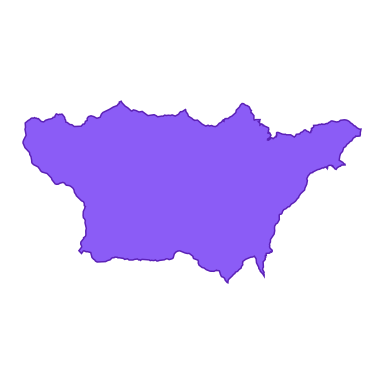 the district of Nistoresti, Vrancea, Romania
{"feature_id": "2599482B47206527593965", "entity_name": "Nistoresti", "entity_type": "district", "adm_level": 2, "iso_a3": "ROU", "parent_name": "Romania", "parent_adm1": "Vrancea", "projection": "orthographic", "projection_center": [26.576, 45.784], "detail": "fine", "context": "isolated", "style": "filled", "palette": "violet", "viewbox_px": 384, "rotation_deg": 0, "n_neighbors": 0, "source": "geoboundaries", "source_scale": "gbopen_adm2", "svg_char_len": 6013}
<svg xmlns="http://www.w3.org/2000/svg" viewBox="0 0 384 384"><path d="M264.1,276.1L264.1,274.6L263.7,274.3L264.1,272.3L262.6,269.5L262.9,267.9L263.4,267.1L263.1,261.9L265.2,259.5L265.1,258.3L265.7,257.3L265.3,256.5L265.4,255.6L266.3,255.6L266.1,254.9L266.3,253.4L269.7,253.1L270.4,251.9L271.4,252.2L272.1,251.6L272.2,250.3L270.1,248.2L269.5,246.9L269.8,245.9L269.5,244.7L269.8,243.1L270.4,242.1L270.5,239.4L274.1,234.1L274.7,230.8L274.5,227.9L274.7,226.0L276.1,223.8L277.4,223.1L279.3,219.7L279.2,215.0L279.8,214.3L281.2,214.1L281.9,213.5L282.6,211.3L283.8,209.6L285.9,208.7L287.9,206.9L289.5,206.6L291.3,204.1L293.5,202.8L295.5,201.2L297.6,198.3L298.6,197.7L298.8,196.5L300.6,193.7L304.6,190.0L304.9,188.2L306.7,184.3L307.4,180.4L306.7,178.9L308.3,175.5L309.2,174.7L310.2,173.2L312.8,172.5L312.9,172.0L317.7,169.6L319.4,169.3L322.5,167.9L323.7,168.0L324.5,167.3L326.0,167.1L327.1,168.4L327.1,168.0L327.6,167.8L327.0,166.8L328.9,165.4L331.2,165.3L332.5,165.7L332.9,166.1L332.4,166.4L334.1,167.7L334.7,168.7L336.1,169.4L337.3,167.7L339.4,166.4L340.5,166.2L341.4,165.1L345.1,164.9L344.9,164.1L344.1,163.9L342.7,162.3L339.2,160.2L339.8,156.0L340.6,153.6L342.5,151.5L343.7,147.7L345.6,146.6L347.0,144.3L348.6,143.2L350.1,141.5L351.7,140.8L353.3,138.1L355.3,136.9L355.8,136.1L356.7,136.3L359.9,136.0L360.3,134.8L360.3,132.6L361.0,129.1L359.6,129.2L357.1,127.9L355.1,126.0L354.2,125.8L351.9,123.6L350.4,122.8L349.6,121.7L347.6,120.5L346.1,120.0L344.3,119.8L340.4,120.3L338.9,121.6L336.5,122.0L331.9,120.9L331.0,121.1L329.6,122.2L328.9,122.4L327.5,123.6L326.3,123.5L324.6,124.3L322.3,124.3L321.9,123.9L320.5,124.5L319.0,124.4L317.4,125.2L313.6,125.4L313.7,126.7L313.5,127.3L312.4,127.8L312.3,128.3L311.5,128.4L311.3,129.1L311.8,130.1L311.5,130.8L310.8,131.0L310.7,132.5L309.6,132.7L308.5,131.7L306.6,131.0L305.5,129.9L304.3,130.0L302.7,131.7L300.6,132.6L299.8,133.9L296.3,134.3L295.4,136.2L294.3,136.7L294.2,137.0L290.7,134.8L286.5,134.8L285.2,134.2L284.3,134.4L282.3,134.1L278.4,132.5L277.1,132.4L276.6,132.8L276.5,134.2L276.9,135.0L276.2,135.5L276.1,136.0L276.4,136.4L276.1,136.9L275.2,136.9L273.1,138.7L272.0,137.9L270.8,137.7L270.6,138.5L268.5,140.2L267.5,140.0L267.6,139.0L269.8,137.6L270.4,136.2L270.9,135.6L270.9,134.9L270.2,134.3L270.1,133.3L269.3,133.2L269.2,132.7L268.3,133.2L267.9,133.0L268.4,131.6L268.4,130.4L268.8,129.8L268.5,127.8L263.9,125.7L263.7,125.3L263.2,125.6L262.7,124.6L261.7,123.9L260.0,125.0L260.1,123.5L258.5,121.8L259.6,121.6L259.8,120.8L259.6,120.5L260.0,119.6L255.7,119.6L254.3,120.1L253.9,119.1L253.9,115.6L251.5,112.7L251.0,112.7L250.9,111.8L251.4,110.4L250.6,110.0L249.3,107.0L247.3,105.6L245.7,105.3L243.6,103.7L242.1,103.5L240.4,105.1L239.5,107.0L236.3,110.1L235.8,112.6L231.9,116.1L229.8,117.1L228.2,118.5L225.1,118.6L224.1,120.2L223.8,120.1L224.0,119.7L223.4,119.8L223.8,121.2L222.5,120.7L221.3,122.2L219.2,123.3L217.2,125.6L215.3,126.6L213.3,126.3L211.6,125.5L209.4,126.0L208.1,125.2L205.8,126.1L202.1,124.1L197.5,120.1L194.3,120.4L193.8,119.7L193.0,119.5L192.0,118.4L188.4,116.2L187.7,114.0L185.7,111.2L185.8,110.0L185.4,109.5L182.2,111.6L180.6,111.7L179.7,112.5L178.6,114.2L175.2,116.1L172.1,114.9L170.3,115.5L168.7,115.2L166.2,115.5L164.7,115.1L163.1,116.2L161.6,116.1L158.1,116.7L157.5,116.7L156.2,115.7L154.1,114.7L147.9,115.6L142.2,111.4L139.0,112.0L135.9,110.5L133.4,109.9L131.9,111.0L131.2,110.9L127.8,107.8L125.2,106.2L122.1,102.9L121.1,101.2L120.1,101.9L119.4,101.9L119.2,102.3L119.3,103.4L118.2,104.1L117.1,105.6L113.3,107.0L109.5,109.3L102.9,112.5L101.4,114.2L100.2,117.2L96.9,118.3L93.8,116.6L91.0,115.8L88.5,116.6L87.2,118.3L87.2,120.5L85.4,121.3L85.0,122.9L84.4,124.0L83.0,124.1L81.2,126.2L74.2,126.5L71.9,124.7L69.8,124.5L67.3,122.5L65.8,122.1L65.6,120.1L64.9,119.1L64.6,117.3L62.3,114.3L61.8,114.1L60.9,114.4L59.4,114.3L58.6,114.8L56.3,113.9L55.2,115.5L54.7,117.1L53.1,117.3L52.5,118.3L50.1,119.1L49.1,119.1L45.5,120.3L44.1,121.6L43.3,121.9L41.2,121.4L38.4,118.6L37.3,118.7L36.4,118.1L35.5,118.2L34.5,117.6L33.5,118.2L32.0,118.0L30.9,118.5L29.7,119.7L28.4,120.3L25.2,123.0L25.5,127.3L25.0,129.3L26.1,135.3L23.7,139.9L23.1,141.6L23.0,143.0L25.0,147.7L29.5,152.5L29.8,154.6L31.0,156.7L31.7,160.7L31.7,162.0L32.0,163.0L33.5,164.6L38.0,166.9L40.0,169.6L40.4,170.6L42.0,172.0L47.1,173.5L51.4,178.0L52.0,179.8L55.2,183.9L56.7,184.3L58.5,184.1L59.7,183.3L62.9,182.4L64.6,183.1L65.5,184.5L66.3,185.2L69.3,185.6L70.7,186.3L72.7,187.9L73.4,188.8L74.0,190.0L74.5,192.5L76.0,194.7L76.3,195.7L81.5,200.8L83.3,201.6L83.8,202.3L84.2,203.3L84.3,205.7L85.4,206.6L84.9,207.4L84.7,208.5L83.3,211.4L83.1,215.5L83.4,217.8L84.4,218.7L85.3,220.5L85.0,222.8L86.3,228.3L85.8,230.8L85.9,235.0L85.4,236.4L83.6,237.7L83.8,238.4L80.9,242.0L80.7,244.0L81.5,245.7L81.7,247.0L78.9,250.7L81.5,253.5L83.3,251.0L84.0,250.8L86.0,251.7L87.6,251.7L90.7,252.5L92.0,257.5L93.7,259.3L94.6,259.8L95.5,261.1L97.1,262.0L105.6,261.6L107.5,260.6L110.2,259.8L111.7,258.2L112.9,257.6L113.9,257.8L115.0,257.1L117.3,257.3L118.0,257.9L118.8,257.7L123.4,258.4L124.6,259.4L127.5,258.8L129.1,260.0L132.9,260.0L134.5,259.4L137.4,259.0L138.9,260.0L139.8,259.7L140.5,260.4L141.6,259.5L142.4,259.4L149.3,259.9L150.2,260.6L151.5,260.3L153.8,260.6L155.5,260.0L156.8,261.0L157.7,261.0L159.5,260.4L164.4,259.8L166.3,258.8L167.7,258.9L169.1,259.6L172.0,258.8L173.2,257.9L174.3,253.9L175.9,252.1L177.7,251.1L179.8,250.8L184.9,252.9L187.3,253.5L189.2,253.4L192.6,256.0L193.2,256.9L193.1,257.5L193.6,258.5L198.0,260.2L198.4,261.6L198.2,263.0L199.0,265.1L202.1,267.5L204.1,268.0L206.3,269.7L210.2,271.2L214.0,271.3L216.5,270.2L216.9,270.7L217.8,270.5L219.4,270.9L220.5,274.6L221.5,276.6L223.2,277.2L224.6,278.3L225.2,280.2L227.2,282.5L227.9,282.8L228.1,280.4L228.7,279.3L232.8,275.4L233.3,274.5L234.9,273.5L235.3,272.3L237.6,271.3L239.0,269.6L241.1,268.1L241.5,266.4L242.8,264.8L242.5,263.1L242.8,262.4L242.6,261.9L243.0,261.3L245.7,259.3L250.7,257.2L252.7,257.0L254.3,256.2L256.1,258.7L256.5,262.8L258.7,267.2L258.9,268.7L259.8,269.7L260.3,271.3L262.7,273.8L264.1,276.1Z" fill="#8b5cf6" stroke="#5b21b6" stroke-width="1.5"/></svg>